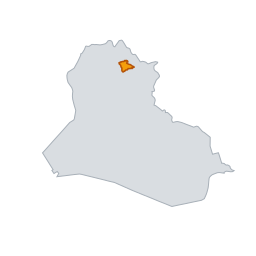 Koysinjaq, Arbil, Iraq (highlighted), rotated 343°
{"feature_id": "34846034B1648663074204", "entity_name": "Koysinjaq", "entity_type": "district", "adm_level": 2, "iso_a3": "IRQ", "parent_name": "Iraq", "parent_adm1": "Arbil", "projection": "mercator", "projection_center": [44.518, 36.037], "detail": "fine", "context": "in_parent", "style": "filled", "palette": "amber", "viewbox_px": 256, "rotation_deg": 343, "n_neighbors": 0, "source": "geoboundaries", "source_scale": "gbopen_adm2", "svg_char_len": 4448}
<svg xmlns="http://www.w3.org/2000/svg" viewBox="0 0 256 256"><g transform="rotate(343 128 128)"><path d="M104.3,43.4L106.1,43.0L109.3,40.2L111.3,37.6L111.9,37.4L113.6,38.3L114.8,38.5L117.7,37.5L119.4,38.0L120.8,38.7L121.6,38.7L125.4,40.3L126.3,40.5L128.3,40.7L131.2,40.8L133.1,39.8L134.4,38.8L135.4,38.8L136.3,39.0L137.0,39.5L137.7,40.2L138.0,41.3L137.9,44.7L138.2,45.7L138.7,46.3L139.3,46.4L140.1,45.7L141.5,44.6L143.2,43.4L144.5,42.3L145.2,41.9L146.4,42.0L147.5,42.1L148.1,42.7L148.1,42.8L148.7,44.5L150.2,50.5L151.1,51.3L152.1,51.9L152.8,52.8L153.0,53.7L152.9,55.1L153.0,56.7L153.4,57.9L153.9,58.9L154.5,59.3L155.2,59.4L156.2,59.6L156.8,60.5L158.8,67.3L159.0,68.2L159.8,68.5L161.2,68.4L162.6,69.1L164.2,70.2L165.6,72.3L166.5,72.6L169.5,72.3L173.7,72.6L175.6,73.7L175.4,74.3L173.9,75.1L171.3,75.9L170.5,77.4L170.1,79.3L170.2,80.3L170.8,81.5L172.7,83.8L172.8,84.6L173.1,85.8L173.4,86.6L173.1,88.1L171.4,89.2L169.2,90.3L164.8,95.4L164.4,96.5L164.5,99.5L164.0,100.4L162.6,100.4L161.5,100.2L161.5,101.3L160.8,102.7L160.4,103.9L162.0,106.8L162.3,108.3L162.0,109.7L160.5,112.1L159.6,113.7L159.9,114.0L161.0,114.7L164.7,119.9L165.8,121.8L167.4,121.3L168.0,121.3L168.4,121.6L168.7,122.2L168.7,123.0L168.3,124.2L170.3,124.7L171.0,125.8L173.3,129.9L173.2,131.1L172.1,133.0L172.1,134.3L172.3,135.4L172.7,135.8L176.0,136.0L177.5,136.4L181.0,138.5L185.0,141.7L188.3,144.2L191.0,146.4L194.0,146.3L194.8,146.7L195.6,147.4L196.4,149.2L198.2,153.2L199.6,154.6L201.8,157.8L203.9,160.9L202.6,165.0L201.2,169.3L201.2,174.8L201.2,177.8L204.1,177.9L207.2,178.1L207.3,181.6L207.3,185.1L207.3,189.2L208.2,189.3L209.7,190.2L210.4,191.5L211.2,192.2L212.1,192.3L213.1,193.0L214.0,194.1L214.3,195.0L214.1,195.6L214.3,196.7L215.0,198.2L215.8,198.9L217.0,199.8L215.3,200.3L213.5,199.9L209.6,198.1L208.4,198.1L206.7,198.7L206.7,199.3L202.6,197.4L201.1,197.0L200.6,196.9L198.2,197.0L194.9,197.3L192.9,198.1L191.5,199.0L190.9,199.8L190.7,200.2L189.6,202.7L188.4,205.8L187.1,208.7L184.6,212.7L183.3,214.5L180.3,217.9L177.1,218.6L169.7,217.9L161.5,217.2L153.3,216.4L147.2,215.9L146.8,215.7L140.8,210.8L136.0,207.0L130.1,202.1L124.0,197.2L117.9,192.2L113.4,188.5L108.0,183.8L103.0,179.5L99.1,176.1L94.1,173.2L90.2,170.8L84.5,167.4L80.0,164.7L76.1,162.4L70.1,158.8L68.1,157.8L61.9,156.6L56.0,155.6L49.8,154.5L45.8,153.8L48.5,151.2L47.6,148.9L45.7,149.4L43.9,149.9L42.8,146.3L44.2,145.9L42.9,141.2L41.6,136.3L40.3,131.6L39.0,126.8L44.2,123.7L48.0,121.4L53.4,118.1L58.6,115.0L63.6,112.0L69.0,108.7L73.9,105.7L78.4,104.5L79.3,103.6L81.4,99.5L83.1,96.1L83.2,95.3L83.2,90.3L83.5,84.5L84.1,81.4L85.1,78.7L86.0,76.7L86.1,74.8L86.0,72.9L85.0,70.0L84.0,66.9L84.1,64.0L84.3,62.4L84.9,59.9L86.0,58.1L87.1,57.0L91.4,55.8L93.9,55.1L97.3,51.8L99.3,49.9L102.1,46.8L104.1,44.5L104.3,43.8L104.3,43.4Z" fill="#d9dde1" stroke="#a8b0b8" stroke-width="1"/><path d="M151.6,71.6L151.6,71.3L151.5,71.0L151.2,70.8L150.6,70.3L150.1,69.9L149.7,69.3L149.0,68.3L148.8,68.2L148.7,68.0L148.5,67.9L148.4,67.9L147.8,67.5L147.4,67.3L147.1,67.0L146.8,66.7L146.4,66.3L146.2,66.2L145.8,65.8L146.1,65.5L146.1,65.0L146.2,64.7L146.4,64.5L146.5,64.4L147.2,64.6L147.2,64.3L147.2,64.0L147.1,63.7L146.8,63.3L146.5,63.1L146.4,63.0L146.1,62.9L145.9,62.8L145.7,62.8L145.5,63.1L145.1,63.1L145.0,62.9L145.0,62.7L144.7,62.6L144.3,62.5L144.2,62.6L144.1,62.8L144.0,63.0L143.6,63.2L143.0,63.1L142.5,62.9L142.1,62.8L141.8,62.8L141.8,63.0L141.7,62.8L141.4,62.8L141.2,62.8L140.8,62.7L140.5,62.7L140.5,62.9L140.4,63.1L140.0,63.2L139.7,63.2L139.4,63.1L139.3,62.9L139.0,63.0L138.8,63.2L138.5,63.1L138.4,63.6L138.5,63.8L138.4,64.2L138.4,64.3L138.6,64.5L138.8,64.9L138.9,65.1L139.0,65.3L139.2,65.6L139.3,65.8L139.3,66.0L139.3,66.3L139.3,66.5L139.3,66.8L139.3,67.1L139.2,67.3L139.2,67.7L139.3,67.9L139.4,68.1L139.6,68.5L139.6,68.9L139.5,69.3L139.4,69.9L139.3,70.1L139.1,70.5L139.0,70.8L139.0,71.0L139.0,71.3L139.0,71.6L139.0,71.9L139.0,72.0L139.1,72.3L139.2,72.5L139.3,72.7L139.4,72.8L139.6,72.9L140.0,73.0L140.7,72.6L141.4,72.8L141.6,72.6L141.8,72.5L141.9,72.4L142.0,72.2L142.5,72.1L142.9,72.0L143.0,71.9L143.3,72.0L143.5,72.0L144.0,72.2L144.3,72.1L144.5,72.1L144.6,71.9L144.7,71.7L144.8,71.7L145.0,71.6L145.3,71.6L145.5,71.3L145.6,71.2L145.8,71.3L146.0,71.4L146.3,71.5L146.5,71.5L146.9,71.7L147.1,71.7L147.3,71.7L147.6,71.7L147.9,71.9L148.3,71.7L148.6,71.9L148.9,72.1L149.0,71.9L149.2,71.7L149.3,71.8L149.5,72.2L150.2,71.9L150.2,71.4L150.6,71.3L151.0,71.6L151.5,71.7L151.6,71.6Z" fill="#f59e0b" stroke="#b45309" stroke-width="1.5"/></g></svg>